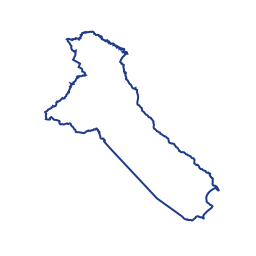 outline of Karonga, Karonga, Malawi, rotated 351°
{"feature_id": "42251766B7861013170277", "entity_name": "Karonga", "entity_type": "district", "adm_level": 2, "iso_a3": "MWI", "parent_name": "Malawi", "parent_adm1": "Karonga", "projection": "orthographic", "projection_center": [33.891, -10.08], "detail": "fine", "context": "isolated", "style": "outline", "palette": "blue", "viewbox_px": 256, "rotation_deg": 351, "n_neighbors": 0, "source": "geoboundaries", "source_scale": "gbopen_adm2", "svg_char_len": 5718}
<svg xmlns="http://www.w3.org/2000/svg" viewBox="0 0 256 256"><g transform="rotate(351 128 128)"><path d="M145.7,202.2L167.6,223.8L169.3,226.4L170.3,227.0L171.4,227.4L171.8,227.9L172.3,228.0L172.7,227.7L173.6,228.5L175.6,228.6L176.8,229.4L177.4,229.2L180.6,227.2L181.3,226.3L182.9,226.0L183.3,226.1L183.8,226.6L184.4,226.7L185.3,227.5L186.0,227.5L187.0,227.9L188.2,229.1L188.6,229.1L188.7,228.1L188.4,227.4L188.8,226.3L189.7,225.3L193.3,222.6L198.2,219.8L199.2,218.5L198.3,217.4L197.0,216.6L196.4,215.6L195.0,214.3L194.2,213.2L194.3,209.7L194.7,208.1L195.4,206.8L197.2,204.8L198.7,203.6L201.1,202.2L204.1,201.1L205.3,200.9L205.7,201.3L206.1,202.3L207.3,203.8L207.6,203.8L207.8,203.5L207.3,202.9L207.4,202.5L207.0,202.0L207.0,201.3L206.8,201.0L206.6,200.9L206.5,200.0L206.1,199.9L205.8,199.3L205.2,199.0L205.1,198.7L204.4,198.4L203.8,198.5L203.1,197.9L202.6,196.9L203.3,194.6L203.2,193.7L203.6,192.5L203.6,191.5L203.8,191.2L203.3,190.9L203.2,190.4L202.7,190.0L202.4,189.4L202.1,189.4L202.0,188.6L201.6,188.2L201.4,187.5L201.6,187.0L201.5,186.8L201.9,186.4L202.0,186.0L200.8,185.4L200.4,184.6L199.7,184.8L198.3,184.1L198.1,183.8L197.8,182.6L195.7,181.5L194.6,180.4L194.5,180.0L193.5,179.9L192.5,178.9L192.2,178.2L192.2,177.3L191.5,175.9L190.6,175.1L190.2,175.3L189.5,175.1L187.9,173.2L188.7,169.7L187.9,168.1L187.1,168.0L186.4,167.7L185.6,166.6L185.4,165.7L184.4,165.2L183.4,164.3L182.8,164.2L182.4,163.5L180.9,162.8L180.5,161.8L179.9,161.4L179.6,160.8L178.5,160.4L176.9,160.3L176.1,159.7L175.6,158.8L175.0,158.7L174.6,157.0L173.7,155.3L172.3,154.1L171.8,152.6L171.2,151.7L171.1,151.1L170.0,150.4L168.3,150.0L166.5,148.9L166.2,148.1L166.1,144.8L165.0,143.9L163.9,142.3L163.1,142.1L162.1,141.1L161.7,141.1L159.8,139.1L159.1,138.9L158.8,137.4L158.0,137.2L156.8,136.0L156.0,135.6L154.6,133.4L153.6,132.6L153.4,131.3L154.2,128.6L153.8,126.9L154.3,125.6L153.4,124.2L153.3,123.4L152.4,122.6L152.0,121.3L150.4,120.7L149.9,120.1L149.5,118.9L147.7,117.4L146.0,114.4L145.1,113.8L144.7,113.0L144.8,110.9L144.5,110.2L143.6,109.4L142.5,107.3L141.2,106.5L141.0,105.3L141.6,102.8L142.4,101.0L143.0,98.1L142.5,93.8L142.8,91.9L142.2,91.7L141.9,90.9L141.7,90.8L141.7,89.7L140.5,90.3L140.0,89.8L139.3,89.7L138.6,88.8L137.5,85.4L136.8,85.0L136.3,84.3L135.2,81.1L133.6,79.3L133.7,78.9L134.2,78.5L134.1,76.9L133.6,75.9L133.6,75.5L134.6,73.4L134.2,72.5L133.9,72.4L133.1,73.5L132.7,73.7L133.4,72.9L132.9,71.6L133.2,69.1L132.9,67.0L133.3,66.4L133.7,65.1L132.1,63.7L131.9,63.1L131.7,63.1L131.7,63.5L131.6,63.4L131.2,62.5L131.1,61.5L130.7,61.4L131.4,59.9L133.5,57.4L137.0,54.8L138.3,54.3L138.9,54.5L138.7,53.0L137.6,52.5L137.2,53.5L136.9,53.6L136.7,53.6L136.7,53.0L136.3,53.0L135.7,52.4L135.5,52.8L135.5,52.2L134.8,52.5L134.3,51.8L134.3,51.7L134.9,52.0L135.9,51.2L135.9,50.5L136.6,49.8L136.5,49.4L135.4,48.8L134.7,49.0L134.2,48.5L133.4,49.1L133.3,48.2L132.9,48.0L132.2,48.3L132.5,47.6L131.5,47.4L131.6,46.7L130.7,45.9L130.2,46.0L130.0,46.8L129.5,46.8L129.5,46.2L129.9,45.7L129.8,45.3L129.3,44.9L128.5,45.1L128.3,44.6L127.8,44.4L127.8,44.2L127.5,43.9L127.7,43.6L127.4,43.0L127.1,42.8L126.9,43.2L126.6,43.4L126.7,42.7L126.4,42.2L125.9,42.4L125.1,42.0L124.3,42.3L123.9,42.3L123.5,40.7L123.1,40.6L122.7,40.8L122.8,39.9L122.6,39.5L121.8,40.0L121.3,38.5L120.8,38.9L120.4,38.2L119.6,38.6L119.4,38.1L118.8,38.2L118.5,37.6L116.9,36.7L116.7,35.8L116.0,35.9L116.0,34.8L116.3,33.8L116.1,33.4L115.5,33.0L114.7,33.7L114.4,33.0L113.8,32.7L113.7,31.7L113.3,31.4L112.6,31.2L111.6,31.4L110.8,31.1L110.2,29.9L109.3,29.6L109.3,28.3L107.9,27.2L107.1,27.4L105.9,27.0L104.0,27.2L103.3,27.0L102.7,27.1L101.6,26.6L101.2,27.3L100.1,27.1L99.8,26.6L98.7,27.3L97.8,27.0L97.4,27.3L97.1,28.3L95.9,28.7L96.5,29.5L95.6,30.2L95.2,30.8L95.3,31.9L95.1,32.0L94.6,31.5L94.2,31.5L93.3,32.9L92.6,32.0L90.6,31.1L90.1,32.0L89.4,31.6L88.5,31.8L87.6,31.6L87.4,32.2L86.5,32.5L86.1,31.7L85.2,31.7L83.5,30.7L82.2,30.5L81.5,30.8L82.1,31.5L82.2,33.0L83.5,34.8L84.0,36.7L84.9,37.9L84.9,38.6L84.4,39.8L84.8,42.0L86.6,43.9L87.8,43.7L88.5,43.4L88.4,44.4L87.6,44.9L87.9,46.1L87.6,46.5L87.3,48.1L86.1,49.6L85.7,50.4L84.4,52.0L90.7,56.9L88.8,60.2L90.2,61.0L91.8,62.5L91.9,63.5L91.6,65.0L93.1,65.8L93.9,66.7L94.0,67.4L93.7,67.8L94.1,68.5L93.6,69.2L94.1,69.4L93.6,69.6L91.2,69.0L90.6,69.5L90.1,69.6L89.0,69.3L86.2,69.1L86.1,69.3L86.6,69.5L87.1,70.1L87.0,70.4L86.5,70.5L85.7,70.2L85.8,70.7L84.5,71.5L83.6,73.2L82.7,73.6L81.9,74.4L81.3,74.3L80.9,74.9L81.2,76.0L79.8,76.0L78.4,75.1L78.9,76.8L78.8,77.1L78.1,77.4L77.8,78.2L77.4,78.2L77.8,78.9L76.7,79.8L76.5,80.7L75.8,81.4L75.3,82.5L75.4,83.5L75.2,83.7L74.8,83.5L74.5,83.8L74.2,83.6L73.7,84.7L72.4,85.4L72.1,86.7L70.4,87.7L70.1,88.7L69.0,88.9L67.9,88.1L66.7,89.3L66.0,89.4L65.1,90.4L64.3,90.7L64.0,90.6L62.8,91.2L62.3,90.8L62.1,91.1L61.1,91.7L61.1,93.0L60.2,94.7L58.0,95.1L57.3,94.5L56.8,95.4L55.7,95.7L55.5,96.2L55.0,96.5L52.0,97.3L51.1,98.4L48.6,99.3L49.5,101.4L48.8,102.8L48.8,105.2L48.2,106.3L48.7,106.6L50.7,107.2L52.1,107.4L52.4,107.1L52.5,106.0L53.5,105.3L54.1,105.3L56.2,108.3L58.9,109.0L60.3,109.9L61.2,110.2L61.5,111.1L61.0,111.8L61.3,113.3L61.7,113.8L63.6,113.8L64.6,114.4L65.3,114.4L66.3,114.4L68.4,113.8L69.5,114.8L70.9,114.3L72.0,114.8L72.3,116.8L74.0,118.7L74.6,120.6L75.7,121.6L75.8,123.6L76.1,123.9L77.6,124.3L78.3,124.3L83.7,126.2L87.4,124.5L88.4,124.3L89.0,124.9L89.9,124.7L90.5,124.9L91.2,124.6L92.0,124.8L92.6,124.5L93.2,124.6L94.2,123.9L95.0,124.3L95.7,124.4L96.2,123.7L97.0,123.6L97.5,124.7L98.1,125.4L97.8,125.9L98.2,126.8L98.9,127.0L99.1,127.3L99.1,128.0L98.8,128.1L98.6,128.5L99.0,129.2L99.1,131.1L99.4,131.8L99.2,132.9L99.6,134.1L99.9,134.3L101.1,134.5L101.4,134.8L102.1,134.7L102.3,135.4L103.1,136.4L103.2,136.8L103.0,137.1L102.4,137.1L102.2,137.5L107.4,145.6L145.7,202.2Z" fill="none" stroke="#1e3a8a" stroke-width="2"/></g></svg>